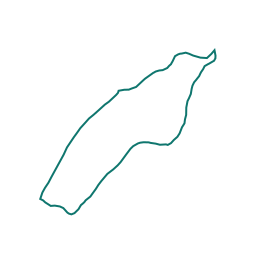 outline of Oredo, Edo, Nigeria, rotated 16°
{"feature_id": "59680162B51317919954642", "entity_name": "Oredo", "entity_type": "district", "adm_level": 2, "iso_a3": "NGA", "parent_name": "Nigeria", "parent_adm1": "Edo", "projection": "mercator", "projection_center": [5.573, 6.23], "detail": "fine", "context": "isolated", "style": "outline", "palette": "teal", "viewbox_px": 256, "rotation_deg": 16, "n_neighbors": 0, "source": "geoboundaries", "source_scale": "gbopen_adm2", "svg_char_len": 1609}
<svg xmlns="http://www.w3.org/2000/svg" viewBox="0 0 256 256"><g transform="rotate(16 128 128)"><path d="M189.7,29.4L187.7,33.8L185.8,37.0L184.6,39.0L181.4,39.7L178.2,40.4L176.5,40.4L174.4,40.4L174.2,40.4L171.8,40.4L171.4,40.4L170.6,40.4L166.2,39.8L162.7,39.7L159.0,41.7L157.6,42.2L155.9,43.4L153.4,46.0L152.6,50.9L152.4,52.0L152.1,53.0L151.7,54.9L150.4,56.9L149.2,59.5L145.4,62.8L142.2,64.1L139.0,66.1L137.7,67.5L137.1,68.0L130.8,75.9L129.6,77.8L124.5,86.3L120.7,89.0L118.2,90.9L113.8,92.3L108.7,94.8L108.7,96.9L107.5,99.5L102.4,108.0L99.3,111.9L93.6,121.1L91.1,125.0L87.9,129.6L85.4,134.8L82.2,141.3L80.4,146.5L78.5,151.7L74.7,163.5L73.5,171.3L72.2,177.1L69.1,190.8L67.8,196.6L66.6,202.5L64.7,208.4L63.5,213.6L63.2,220.4L66.4,221.0L68.9,222.3L73.3,223.6L75.2,224.2L79.0,222.8L84.1,222.2L87.9,222.8L93.0,226.0L94.9,226.6L97.4,226.6L100.0,224.6L102.8,219.7L104.0,215.1L105.5,212.9L106.5,211.2L107.2,209.2L110.7,204.3L112.0,200.6L113.9,195.4L115.2,190.9L117.0,186.3L120.8,177.8L125.2,171.9L128.4,166.7L130.3,162.8L133.6,153.8L136.1,147.3L138.0,144.0L141.8,140.1L143.7,138.8L146.9,137.4L151.9,136.1L153.8,136.1L158.9,135.4L163.3,135.3L169.0,133.3L170.9,133.3L173.5,130.7L175.4,126.8L177.9,122.9L179.1,118.9L179.7,112.4L180.3,110.4L181.0,107.9L180.4,104.0L180.3,99.4L178.4,92.3L177.8,85.8L178.4,82.6L179.0,78.0L178.4,72.8L178.3,69.6L178.4,69.0L178.8,66.7L179.0,65.7L180.2,63.1L181.0,61.1L182.1,58.5L182.5,55.9L182.7,55.0L182.7,54.6L182.9,54.0L184.0,50.7L184.6,47.4L187.6,44.3L187.8,44.2L192.2,39.6L192.5,38.1L192.8,37.0L192.2,34.4L190.9,31.8L189.7,29.4Z" fill="none" stroke="#0f766e" stroke-width="2"/></g></svg>